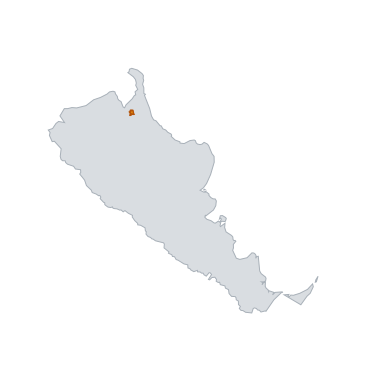 Saladas, Corrientes, Argentina (highlighted), rotated 303°
{"feature_id": "61730980B15780158540393", "entity_name": "Saladas", "entity_type": "district", "adm_level": 2, "iso_a3": "ARG", "parent_name": "Argentina", "parent_adm1": "Corrientes", "projection": "natural_earth1", "projection_center": [-58.717, -28.241], "detail": "fine", "context": "in_parent", "style": "filled", "palette": "amber", "viewbox_px": 384, "rotation_deg": 303, "n_neighbors": 0, "source": "geoboundaries", "source_scale": "gbopen_adm2", "svg_char_len": 4691}
<svg xmlns="http://www.w3.org/2000/svg" viewBox="0 0 384 384"><g transform="rotate(303 192 192)"><path d="M233.6,116.7L231.6,120.5L232.1,123.1L230.2,129.1L230.7,130.2L229.1,133.1L229.7,136.2L228.9,139.1L229.2,142.9L228.6,144.0L227.3,144.3L226.4,149.5L227.5,154.5L226.5,155.4L228.4,159.1L234.0,162.3L236.8,165.5L236.9,166.8L235.4,168.9L235.2,170.5L236.1,172.8L237.5,174.3L240.2,175.1L240.6,178.4L240.1,180.5L235.0,187.9L233.9,191.1L229.1,194.4L216.7,198.1L207.1,199.6L201.6,199.3L197.9,197.8L198.3,201.9L200.1,203.1L199.1,203.2L199.9,204.0L199.5,207.4L198.4,208.0L197.6,210.8L197.7,213.3L198.8,215.3L197.7,217.3L193.5,219.4L188.6,219.8L179.4,216.6L179.8,216.1L179.3,215.9L177.8,216.5L177.2,219.3L178.3,223.6L178.1,227.4L178.7,228.6L182.0,230.0L181.8,231.6L182.9,231.7L185.3,231.4L185.6,230.2L184.3,229.7L187.5,228.7L188.8,230.3L188.9,234.2L188.4,235.2L185.9,235.9L185.2,235.7L183.7,233.0L182.5,232.5L178.9,233.9L178.5,234.7L183.8,236.7L180.0,238.7L177.1,242.3L177.1,248.9L176.5,250.7L174.4,252.4L174.1,253.6L174.8,254.4L174.6,255.6L170.6,255.2L167.7,257.2L165.2,257.9L160.6,265.2L161.5,268.8L166.9,274.0L173.6,275.4L174.5,277.1L174.3,279.1L173.5,280.4L171.1,281.5L173.2,281.5L174.2,282.6L162.6,291.8L161.2,294.5L160.7,300.0L159.8,301.2L157.4,302.2L155.8,301.1L154.4,299.1L154.5,300.7L152.3,301.3L155.0,301.4L156.3,302.7L152.7,304.8L151.7,306.6L151.4,309.1L150.1,310.6L151.1,310.3L152.4,315.3L149.6,315.6L153.1,316.4L157.4,322.1L157.1,322.5L156.9,321.9L146.3,319.4L132.2,319.0L132.3,318.3L128.9,315.2L129.5,313.0L128.8,311.2L129.4,309.5L128.8,307.5L127.6,306.8L123.1,308.0L120.3,302.4L120.3,299.4L119.4,297.5L120.1,295.1L122.4,294.9L122.9,292.3L125.8,290.3L125.7,287.8L127.4,286.4L127.8,285.2L126.0,282.0L127.0,278.4L130.0,275.8L129.6,272.4L131.2,270.7L129.7,266.2L131.4,264.3L130.4,263.3L130.3,260.9L132.0,260.2L133.0,257.6L131.1,255.3L127.9,254.6L127.6,253.4L133.5,253.3L134.1,251.4L133.7,250.3L129.2,249.8L129.1,247.2L130.0,245.6L129.1,244.0L129.4,242.5L128.1,240.2L129.2,239.2L126.2,236.9L126.0,233.0L126.6,232.1L126.1,230.0L128.6,228.1L127.3,224.4L127.2,217.4L126.7,215.5L128.2,212.6L127.3,210.7L128.4,209.2L127.8,205.6L129.2,205.3L129.9,199.0L133.2,197.2L133.9,195.9L131.2,188.0L131.3,185.1L130.8,183.7L131.3,182.0L130.7,179.4L131.6,176.4L133.9,175.2L134.0,174.1L136.4,172.1L136.1,167.0L134.9,164.4L136.1,163.5L136.8,159.6L138.5,155.5L140.0,154.8L139.5,150.1L139.9,145.9L137.9,145.1L138.3,142.2L137.5,141.4L137.0,138.3L135.6,135.5L135.5,134.2L136.2,133.4L134.7,132.3L133.6,129.8L133.7,127.4L133.9,125.8L135.5,124.6L135.2,123.5L136.4,118.6L138.1,118.3L138.9,116.6L138.0,115.7L138.1,112.8L137.2,108.6L138.7,106.5L139.9,100.0L143.5,95.4L145.9,88.1L147.9,88.0L150.0,86.4L147.8,81.7L149.1,78.7L147.5,72.4L147.9,70.0L149.1,68.7L147.7,66.3L148.1,64.3L150.1,62.1L157.0,58.7L159.6,49.0L158.1,47.3L161.8,41.6L164.6,40.6L165.7,37.7L169.3,40.5L175.4,40.6L178.5,41.7L180.8,47.3L183.9,39.8L192.4,39.5L194.2,42.3L197.4,45.3L199.7,49.5L206.8,56.1L215.8,59.3L221.4,63.7L227.8,67.4L231.0,68.3L233.5,70.9L234.0,72.8L232.6,74.4L231.5,77.3L229.8,78.9L229.1,80.8L229.2,83.2L225.8,87.9L225.9,89.6L229.3,89.2L237.6,91.1L241.6,91.1L242.8,91.9L245.0,89.7L248.5,90.6L250.8,86.7L253.0,86.0L255.5,83.4L256.7,80.1L257.2,73.2L258.6,73.7L260.9,72.7L262.9,74.1L264.6,79.9L264.1,85.6L263.2,87.8L260.7,89.1L259.3,90.7L255.4,91.9L253.2,94.8L248.4,98.0L248.6,99.7L247.1,99.6L238.9,111.1L233.6,116.7ZM156.7,344.7L155.9,325.2L158.8,329.0L157.5,328.8L157.1,330.6L159.4,331.0L160.6,333.3L165.8,337.6L173.2,341.9L180.6,343.2L178.6,345.3L171.5,346.3L167.2,345.2L156.7,344.7ZM183.5,344.5L185.7,343.7L190.0,343.6L184.4,345.2L183.5,344.5ZM201.1,200.9L201.1,201.8L199.7,200.5L201.1,200.9Z" fill="#d9dde1" stroke="#a8b0b8" stroke-width="1"/><path d="M228.2,98.1L227.9,97.6L227.8,97.4L228.0,97.2L227.2,96.0L227.1,95.9L226.9,95.9L226.7,95.9L226.4,96.0L226.2,96.1L225.9,96.2L225.9,96.3L225.7,96.3L225.7,96.5L225.6,96.4L225.6,96.5L225.4,96.5L225.5,96.6L225.4,96.6L225.2,96.7L225.2,96.8L224.9,96.9L224.9,97.0L224.7,97.2L224.5,97.3L224.4,97.3L224.4,97.2L224.3,97.3L224.3,97.2L224.3,97.3L224.2,97.4L224.2,97.5L223.9,97.7L224.0,97.7L223.9,97.6L223.7,97.7L223.6,97.8L223.6,97.7L223.6,97.8L223.4,97.8L223.2,97.9L222.9,98.0L222.7,98.1L222.8,98.2L222.7,98.3L222.7,98.5L222.8,98.6L223.0,98.8L223.2,99.0L223.4,98.9L223.5,98.8L223.8,98.8L223.8,98.7L224.0,98.7L224.2,98.4L224.3,98.4L224.7,99.3L224.7,99.5L224.8,99.7L224.8,99.8L225.1,99.9L225.2,100.1L225.1,100.3L225.5,100.9L225.6,100.7L225.8,100.6L226.0,100.4L226.0,100.2L226.2,99.9L226.3,99.9L226.4,99.7L226.5,99.6L226.7,99.4L226.8,99.3L227.0,99.3L227.1,99.2L227.3,99.0L227.3,98.9L227.5,98.7L227.8,98.5L227.9,98.4L228.0,98.3L228.2,98.1Z" fill="#f59e0b" stroke="#b45309" stroke-width="1.5"/></g></svg>